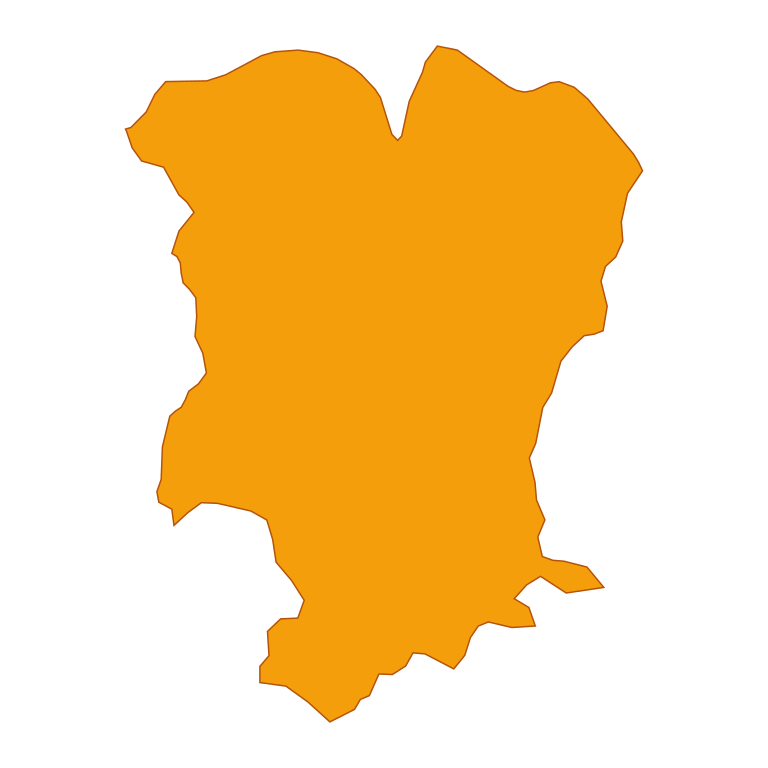 an SVG outline of Mtskheta-Mtianeti
{"feature_id": "GEO-3034", "entity_name": "Mtskheta-Mtianeti", "entity_type": "Region", "adm_level": 1, "iso_a3": "GEO", "parent_name": "Georgia", "parent_adm1": "", "projection": "albers", "projection_center": [44.706, 42.223], "detail": "fine", "context": "isolated", "style": "filled", "palette": "amber", "viewbox_px": 768, "rotation_deg": 0, "n_neighbors": 0, "source": "natural_earth", "source_scale": "10m", "svg_char_len": 1760}
<svg xmlns="http://www.w3.org/2000/svg" viewBox="0 0 768 768"><path d="M437.3,46.1L457.4,50.1L508.0,86.3L516.2,90.4L524.6,92.1L533.4,90.5L537.6,88.6L550.4,82.8L559.2,81.7L574.2,87.3L587.6,98.8L633.6,154.2L638.7,162.6L642.5,170.8L642.4,171.0L627.5,193.3L621.3,221.9L622.8,241.0L615.7,257.0L605.5,266.4L601.0,281.2L607.2,306.3L603.1,330.7L594.0,334.2L584.2,335.7L572.2,346.8L560.9,361.2L551.6,393.0L542.8,407.4L535.7,443.4L529.3,458.0L535.0,482.3L536.5,500.0L544.9,519.9L537.8,537.1L542.3,556.5L552.8,560.3L564.0,561.2L587.0,567.1L603.8,587.4L566.2,593.0L540.5,576.3L526.6,584.9L514.2,598.7L528.9,607.5L535.3,626.0L511.9,627.5L488.3,622.0L478.3,626.0L470.4,637.6L464.8,655.3L453.8,668.9L425.0,653.9L413.0,652.9L405.7,666.0L392.4,674.5L378.9,674.0L369.4,695.6L360.4,699.4L354.5,709.4L329.9,721.9L307.8,701.9L285.9,686.1L259.9,682.6L259.9,666.4L269.0,655.6L267.5,631.4L280.6,618.9L297.8,618.1L304.2,600.3L291.5,580.4L276.1,562.2L272.7,539.6L268.7,526.2L268.3,525.0L266.8,520.0L250.8,511.0L217.3,503.3L201.3,502.7L187.6,512.8L180.3,519.6L174.0,525.4L171.8,509.2L158.8,502.2L156.9,491.7L160.9,480.2L161.2,479.2L162.4,446.9L169.8,416.2L175.4,411.1L181.3,407.2L185.4,399.6L188.7,391.3L198.4,383.9L206.4,373.0L202.8,353.2L195.0,336.5L196.7,316.7L195.8,297.7L189.4,289.2L183.2,282.9L181.2,273.1L180.3,263.0L177.0,256.6L171.8,253.4L179.0,231.0L194.0,212.4L186.8,202.0L178.9,194.9L163.6,167.2L141.6,161.0L132.2,147.9L126.5,131.2L125.5,129.1L130.9,127.5L137.4,120.9L146.2,112.0L154.8,94.4L165.7,81.6L206.7,80.9L225.6,74.8L261.6,55.6L275.0,51.8L298.1,50.1L317.9,52.7L335.3,58.3L337.0,58.9L354.1,68.7L361.3,74.6L375.0,89.2L380.5,97.7L391.9,134.4L397.7,140.4L401.7,136.0L409.2,101.4L422.5,72.2L425.4,62.1L437.3,46.1Z" fill="#f59e0b" stroke="#b45309" stroke-width="1.5"/></svg>